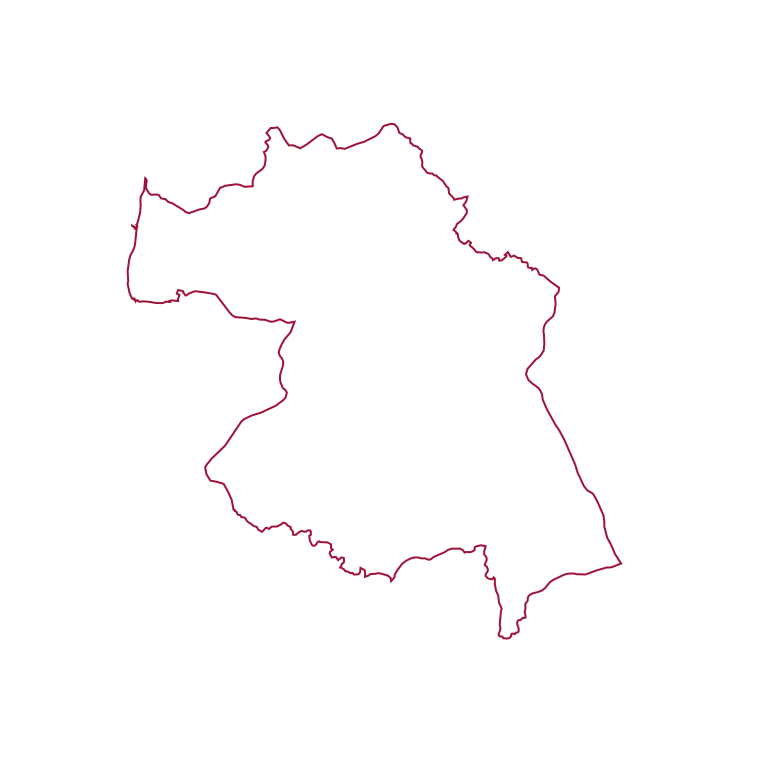 San Pedro, Antioquia, Colombia (Mercator projection), rotated 67°
{"feature_id": "7082276B41914425714462", "entity_name": "San Pedro", "entity_type": "district", "adm_level": 2, "iso_a3": "COL", "parent_name": "Colombia", "parent_adm1": "Antioquia", "projection": "mercator", "projection_center": [-75.553, 6.456], "detail": "fine", "context": "isolated", "style": "outline", "palette": "rose", "viewbox_px": 768, "rotation_deg": 67, "n_neighbors": 0, "source": "geoboundaries", "source_scale": "gbopen_adm2", "svg_char_len": 6153}
<svg xmlns="http://www.w3.org/2000/svg" viewBox="0 0 768 768"><g transform="rotate(67 384 384)"><path d="M641.9,235.9L630.6,237.8L620.9,237.8L612.7,238.6L601.2,236.9L596.6,234.9L590.5,233.3L575.8,233.5L568.2,234.2L565.7,235.1L561.4,238.4L556.4,239.8L553.1,240.0L541.1,240.4L532.7,239.5L506.9,239.8L495.2,240.8L488.0,242.2L471.3,243.9L460.2,244.0L455.2,242.5L450.2,242.8L447.5,243.7L441.0,247.6L436.7,249.5L430.6,249.5L426.1,245.9L420.8,234.8L419.6,229.8L415.7,224.0L409.4,220.6L401.2,217.5L397.6,216.6L394.4,214.8L392.1,212.6L390.3,209.9L387.7,202.1L385.2,199.4L377.3,194.7L370.2,192.5L367.2,187.1L363.7,185.3L354.4,191.0L346.6,194.7L344.2,198.1L338.2,198.3L336.6,199.7L336.4,201.2L336.9,203.0L334.9,202.6L334.2,204.3L332.9,205.8L331.5,205.7L329.9,204.8L328.0,204.9L325.7,209.2L321.6,208.7L320.5,211.3L316.7,214.1L316.5,217.6L311.0,218.4L312.4,222.3L313.8,221.2L314.5,221.9L316.2,227.1L315.6,229.7L313.2,229.2L312.7,229.9L311.9,232.1L312.6,235.3L310.4,235.3L308.4,236.7L306.3,236.7L304.6,237.5L302.0,240.0L300.8,243.6L298.8,247.3L293.9,248.9L290.5,250.6L289.4,250.8L288.0,248.7L285.9,249.9L285.1,250.6L286.6,253.8L286.0,255.1L286.3,255.6L281.7,258.5L277.8,258.4L274.6,257.5L273.8,258.5L273.3,257.9L269.3,259.8L267.5,256.6L265.2,254.2L264.1,249.8L262.6,246.5L258.8,240.8L256.2,239.8L250.4,241.0L248.0,236.9L244.1,233.9L243.3,237.9L243.5,240.4L242.7,242.0L241.8,247.4L240.6,247.2L233.9,249.6L228.7,248.1L226.3,249.4L220.1,250.5L214.0,253.9L212.4,254.4L211.6,256.1L209.1,257.4L207.8,260.1L206.5,261.6L200.5,263.5L198.2,263.8L195.1,262.1L191.5,261.4L189.5,261.7L186.9,260.4L186.4,259.1L185.2,258.2L183.5,258.0L180.7,259.9L179.0,260.1L175.6,264.1L173.8,264.3L172.8,265.5L169.7,264.7L168.4,263.8L165.2,267.8L161.3,269.4L158.9,271.7L153.0,271.4L149.8,272.5L148.7,273.4L147.2,275.9L146.4,282.7L146.7,284.2L151.2,290.8L152.5,295.1L153.3,307.9L152.4,314.8L152.2,328.2L149.9,331.8L148.7,335.5L142.8,335.5L137.6,336.2L134.4,339.9L129.8,343.5L129.9,347.8L133.3,361.5L134.3,369.0L128.8,374.3L127.2,378.3L119.8,380.0L109.3,380.7L106.1,381.8L105.1,386.0L104.1,388.1L107.0,394.1L111.1,392.8L113.2,392.8L114.4,394.7L114.5,398.0L115.1,398.8L118.9,397.6L120.8,397.9L123.3,401.3L123.5,403.9L128.1,404.1L131.6,405.5L136.3,408.5L138.5,411.8L140.4,419.5L142.0,422.3L145.9,425.6L150.7,427.6L148.0,435.3L144.2,439.0L142.2,442.5L139.5,452.7L139.5,456.9L139.2,458.0L145.3,466.0L145.3,471.6L149.4,474.4L151.9,478.4L152.2,481.2L151.2,485.7L150.6,496.7L148.3,499.3L145.5,500.7L134.7,508.4L132.1,511.5L128.4,512.9L127.0,515.4L125.6,516.8L122.4,517.3L121.6,517.9L120.5,519.8L118.8,524.5L116.5,525.7L111.3,526.6L109.0,525.9L104.1,523.0L102.8,522.8L101.3,523.4L112.1,529.2L116.7,534.9L121.2,537.1L123.9,537.9L131.1,541.6L139.8,548.3L140.5,549.7L142.0,549.2L143.9,550.6L139.8,553.9L140.3,554.0L142.6,552.3L143.3,552.8L145.1,551.4L158.2,558.6L162.0,561.6L166.6,567.3L170.5,570.3L180.0,575.9L189.5,579.3L191.4,580.8L200.5,582.6L206.8,582.6L207.4,581.1L207.9,581.6L208.8,581.1L208.6,580.3L210.9,580.4L210.2,579.4L210.7,578.0L211.9,577.9L213.0,576.4L213.7,573.7L216.0,569.1L220.1,562.6L222.3,558.0L223.1,555.3L223.0,552.6L224.9,548.9L223.7,549.0L224.1,546.6L227.2,541.1L225.4,540.5L222.2,537.5L219.8,539.4L217.1,536.8L220.1,532.6L221.9,533.1L222.4,532.6L224.9,532.2L225.2,530.9L224.5,528.7L224.6,522.8L225.3,520.7L229.6,513.3L234.8,505.2L236.2,503.7L257.8,498.2L261.6,496.8L264.5,494.5L269.0,485.7L272.3,480.7L273.8,475.8L275.9,473.7L278.5,468.3L282.3,464.1L283.4,461.2L283.8,454.4L289.7,449.3L290.5,447.7L291.7,442.0L299.9,449.8L304.1,458.3L308.1,463.3L311.2,466.6L314.2,468.7L317.5,468.9L319.9,468.1L322.8,467.9L325.0,468.3L328.0,470.2L334.9,476.0L339.0,477.9L342.3,478.7L348.2,478.7L350.6,477.3L353.9,476.7L358.1,480.0L359.6,483.4L361.7,492.3L362.3,508.6L361.3,517.9L361.7,526.7L362.9,530.1L378.6,554.3L385.2,571.5L388.5,577.9L390.7,581.2L397.6,582.7L405.1,581.6L408.3,576.7L413.1,570.7L422.7,569.6L431.3,569.5L440.8,571.6L441.6,570.6L442.7,570.9L444.3,569.6L446.3,569.8L447.4,569.3L448.8,567.4L450.8,567.3L452.1,565.0L453.9,564.0L456.3,563.8L459.0,562.5L460.9,560.8L462.3,560.4L464.1,559.1L466.0,556.9L468.9,556.7L472.4,554.0L470.2,548.8L470.6,547.9L472.5,546.6L471.4,543.0L473.4,538.2L473.0,533.5L472.3,530.8L474.4,528.5L476.4,528.2L479.2,525.8L480.8,526.6L484.1,525.5L487.2,526.5L488.4,524.1L487.3,520.5L487.0,517.5L489.4,514.1L489.0,511.3L490.0,509.2L491.2,509.0L494.2,510.2L494.5,512.1L499.2,513.5L504.2,513.1L505.3,512.3L505.7,510.9L505.1,509.0L503.7,507.4L503.5,505.2L504.6,504.4L507.7,498.0L510.9,495.4L514.8,497.0L516.5,495.9L517.5,499.4L518.9,500.3L523.4,499.8L523.8,497.3L524.6,495.8L528.2,495.0L527.0,491.0L528.5,489.0L531.9,490.1L532.7,491.1L533.1,493.1L533.9,493.5L535.8,496.0L536.1,495.3L539.4,493.1L541.1,492.8L542.9,490.2L544.8,489.1L545.8,486.6L546.8,486.6L547.9,485.7L549.1,482.0L548.9,481.0L547.6,479.3L544.1,477.5L547.7,474.6L550.1,475.0L554.1,476.8L554.3,472.8L553.7,471.3L554.0,469.6L555.0,467.3L555.9,463.2L557.8,460.2L562.1,455.1L565.3,453.7L568.2,454.5L566.0,449.9L563.9,448.8L560.4,444.2L556.7,437.7L555.4,433.2L555.0,427.6L555.5,424.0L556.9,420.6L559.3,417.5L560.4,414.5L563.0,411.9L563.5,410.7L563.6,409.0L562.6,405.9L562.5,393.6L561.7,390.0L562.0,386.1L565.3,378.2L568.0,376.2L570.6,375.7L570.7,374.1L572.2,371.0L572.7,369.1L572.4,365.7L569.8,364.3L569.5,362.4L570.3,357.8L573.1,353.8L576.8,356.9L580.0,358.4L583.5,357.4L586.1,358.2L589.7,361.9L590.8,361.8L592.6,360.7L595.5,360.9L597.0,361.8L598.7,364.5L600.2,365.5L603.5,364.3L605.6,361.8L606.0,360.2L604.9,358.6L606.3,358.0L612.0,360.3L617.9,361.6L623.3,361.5L630.0,363.5L636.7,363.4L638.8,365.1L650.5,371.4L655.0,372.5L659.5,376.5L661.4,376.3L662.8,373.7L664.6,373.5L666.4,370.2L666.7,368.2L666.0,365.4L664.7,365.2L663.9,364.1L664.1,362.9L665.4,361.5L664.5,359.9L664.9,358.3L664.5,356.8L661.4,355.5L657.1,355.3L654.3,353.7L654.0,352.4L654.6,350.5L653.5,347.9L654.4,345.3L652.7,344.2L649.1,343.7L646.1,341.6L641.4,339.7L639.8,336.6L636.9,335.1L635.6,333.6L634.9,331.3L634.9,327.8L635.7,323.6L635.8,319.8L634.9,315.7L631.1,308.4L630.4,304.4L629.9,292.8L630.4,288.9L632.7,283.1L634.3,281.1L638.1,272.9L638.6,261.8L639.9,250.9L641.6,246.3L641.9,235.9Z" fill="none" stroke="#9f1239" stroke-width="2"/></g></svg>